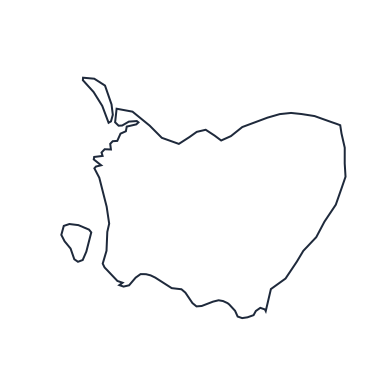 outline of Paechon, Hwanghae-namdo, North Korea, rotated 109°
{"feature_id": "82179303B51934598994225", "entity_name": "Paechon", "entity_type": "district", "adm_level": 2, "iso_a3": "PRK", "parent_name": "North Korea", "parent_adm1": "Hwanghae-namdo", "projection": "orthographic", "projection_center": [126.283, 37.948], "detail": "fine", "context": "isolated", "style": "outline", "palette": "slate", "viewbox_px": 384, "rotation_deg": 109, "n_neighbors": 0, "source": "geoboundaries", "source_scale": "gbopen_adm2", "svg_char_len": 1576}
<svg xmlns="http://www.w3.org/2000/svg" viewBox="0 0 384 384"><g transform="rotate(109 192 192)"><path d="M286.2,120.2L290.3,112.6L294.9,108.3L294.9,103.5L292.4,98.7L288.4,93.7L283.7,92.9L279.3,89.7L279.3,84.8L280.6,83.5L258.1,85.8L243.4,75.4L223.7,70.2L211.4,67.6L194.2,59.8L176.9,57.1L157.2,51.9L140.0,51.8L127.6,51.8L115.3,56.9L100.4,62.0L88.0,69.7L80.6,73.6L80.5,77.5L80.5,82.6L80.4,93.0L80.3,100.8L82.6,113.7L85.0,124.1L89.8,134.4L97.1,144.8L114.2,165.6L126.5,173.4L133.8,181.2L131.3,189.0L128.7,199.3L133.6,207.1L140.9,212.3L150.8,220.1L150.6,238.2L143.0,253.7L135.4,274.4L137.8,290.4L139.1,290.1L151.1,287.4L153.2,283.0L151.9,279.7L146.0,274.6L142.9,267.3L143.6,265.3L146.2,266.7L151.4,275.0L156.1,274.3L160.1,278.6L168.0,279.3L169.8,283.5L173.1,285.0L178.2,282.5L180.0,288.5L184.1,290.4L187.0,288.3L190.7,295.9L193.2,295.5L196.3,286.6L199.2,291.1L201.4,292.0L205.4,287.8L208.7,284.3L233.7,267.9L248.9,260.0L257.3,259.1L275.4,253.7L288.8,253.1L291.8,250.1L300.1,234.1L300.4,233.6L300.4,228.1L303.7,230.4L303.7,225.9L300.7,221.1L291.3,217.4L286.4,213.9L284.7,208.8L284.3,204.0L284.9,198.9L289.5,179.9L287.4,170.3L289.3,165.5L296.9,155.4L298.7,150.5L296.6,145.7L288.8,136.4L285.7,131.6L285.0,127.1L285.5,122.2L286.2,120.2ZM275.1,301.6L280.1,296.4L285.0,288.4L293.9,281.4L295.1,277.1L291.9,273.2L282.8,272.5L263.0,274.1L261.1,277.1L260.3,288.6L262.2,297.5L265.8,302.2L275.1,301.6ZM121.8,331.6L129.5,317.6L139.8,304.9L153.7,293.4L151.6,291.6L144.8,292.0L135.4,296.6L119.7,308.9L116.7,321.3L119.4,332.2L121.8,331.6Z" fill="none" stroke="#1e293b" stroke-width="2"/></g></svg>